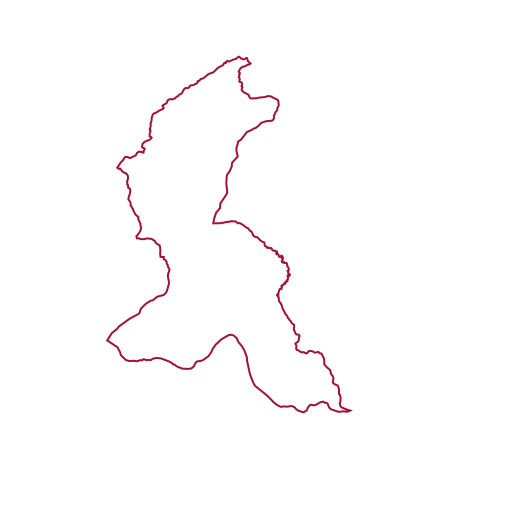 El Rosario, Nariño, Colombia (Robinson projection), rotated 214°
{"feature_id": "7082276B32433349406288", "entity_name": "El Rosario", "entity_type": "district", "adm_level": 2, "iso_a3": "COL", "parent_name": "Colombia", "parent_adm1": "Nariño", "projection": "robinson", "projection_center": [-77.45, 1.827], "detail": "fine", "context": "isolated", "style": "outline", "palette": "rose", "viewbox_px": 512, "rotation_deg": 214, "n_neighbors": 0, "source": "geoboundaries", "source_scale": "gbopen_adm2", "svg_char_len": 6145}
<svg xmlns="http://www.w3.org/2000/svg" viewBox="0 0 512 512"><g transform="rotate(214 256 256)"><path d="M420.4,251.6L418.9,251.5L417.9,252.3L417.2,251.9L416.7,252.3L414.3,251.4L411.5,251.4L410.9,251.8L409.1,251.7L407.3,251.0L406.2,249.8L405.0,247.7L404.7,245.7L403.6,244.9L402.9,243.4L402.2,243.4L401.4,242.8L400.1,241.1L398.4,241.4L396.9,240.2L395.6,237.7L394.0,232.4L393.3,231.5L390.7,230.6L389.2,229.3L388.0,227.5L387.0,227.5L386.1,226.8L384.1,226.1L383.0,224.9L382.0,224.6L379.5,223.1L375.1,222.4L374.0,220.5L369.9,218.2L368.2,216.0L367.1,215.4L365.9,212.0L365.8,207.9L366.2,205.5L364.5,204.0L363.0,205.2L361.1,205.4L358.1,207.5L356.5,209.4L352.2,211.8L348.1,211.9L346.8,211.0L344.9,210.7L342.0,211.0L340.5,209.7L338.4,207.2L336.4,203.8L334.6,201.9L331.9,203.7L330.8,201.8L328.7,201.9L327.0,201.3L325.3,199.4L324.0,199.1L322.9,197.8L320.6,196.8L319.9,196.0L318.7,191.7L317.8,190.0L313.0,185.1L310.3,177.3L310.1,174.5L310.9,171.8L315.1,167.1L316.7,161.8L318.5,159.7L320.7,154.4L321.9,148.4L321.7,146.4L320.9,144.7L320.9,142.5L325.7,133.3L330.3,120.7L330.3,118.3L332.4,111.5L332.1,102.8L319.9,102.9L314.5,100.0L313.1,98.6L311.3,97.9L305.6,97.0L301.8,98.2L300.0,100.0L295.5,102.4L293.9,104.8L292.0,105.9L291.5,107.6L290.2,107.9L289.6,108.4L288.5,108.4L286.9,109.9L285.5,110.4L284.8,111.2L284.3,112.9L281.5,115.9L277.4,118.0L268.9,120.0L265.3,120.2L264.0,119.8L262.7,120.4L261.6,120.2L257.8,120.4L256.7,121.0L254.3,121.3L249.2,124.4L246.7,126.6L245.8,130.0L246.4,133.5L245.9,135.7L243.0,138.3L241.6,140.3L239.4,146.4L239.3,151.3L239.9,154.3L239.9,159.7L238.1,167.6L234.4,175.2L232.7,176.7L231.1,177.3L230.0,177.6L226.1,177.1L222.4,174.8L217.1,173.3L213.1,171.4L207.0,167.0L204.7,164.0L194.7,154.4L187.5,149.5L184.0,147.8L168.7,146.5L159.4,144.6L155.3,144.3L151.5,144.7L150.3,145.3L149.3,146.6L145.9,148.5L142.7,151.5L139.6,152.2L137.4,151.5L134.6,151.4L130.2,152.6L129.1,153.2L127.6,156.2L128.2,159.7L127.9,162.8L127.2,163.4L124.8,164.4L123.2,165.9L120.9,170.7L118.8,172.9L116.6,172.9L115.4,173.7L114.1,173.7L110.9,171.4L108.5,170.8L102.3,172.4L100.3,173.0L96.3,176.4L93.9,177.5L92.7,178.5L91.5,180.5L95.9,179.2L100.1,178.4L101.7,178.5L104.1,180.6L104.5,182.3L106.6,185.8L108.6,187.7L109.7,187.8L110.3,188.3L111.8,190.8L113.7,192.9L115.9,194.3L119.0,193.7L121.4,193.9L123.7,198.3L125.4,199.4L128.2,200.3L129.7,202.1L130.7,202.9L135.3,203.4L138.9,204.4L141.8,208.7L145.9,211.0L146.2,211.4L147.5,211.6L148.6,211.0L150.7,211.4L153.2,208.7L156.1,208.6L158.6,207.3L159.2,206.2L159.2,204.2L159.8,203.4L163.0,202.8L163.5,202.1L164.9,201.5L168.8,201.4L169.6,201.0L170.8,201.5L172.5,204.4L174.3,205.2L174.2,206.5L173.4,207.9L173.2,209.2L173.9,210.4L174.1,211.6L175.0,212.7L175.0,213.8L175.4,214.3L176.8,214.7L178.4,213.6L179.4,213.6L183.8,216.4L184.8,218.7L186.0,220.3L187.7,220.2L189.6,220.6L190.6,221.4L192.4,221.6L193.7,222.4L194.9,222.4L196.7,223.8L199.5,224.4L200.2,225.1L204.4,227.2L208.0,230.1L212.0,231.6L213.9,234.4L214.8,234.4L216.7,235.4L216.8,235.9L215.8,236.0L215.6,236.3L216.7,237.5L217.8,241.9L217.4,242.6L216.5,242.9L217.0,244.6L218.1,245.2L218.2,245.6L217.8,245.9L218.0,246.4L217.2,247.3L217.4,247.9L216.4,249.2L217.2,249.8L216.6,250.6L216.8,251.0L216.4,251.1L216.0,252.9L216.9,253.1L216.6,254.6L217.2,255.8L218.7,257.2L218.3,257.8L217.3,258.0L217.2,258.6L217.7,258.9L217.6,259.6L218.0,259.8L219.5,259.4L220.7,261.4L221.4,261.4L220.9,262.4L221.8,263.9L224.8,265.4L225.3,266.3L226.5,267.2L227.0,267.3L228.6,266.0L229.3,266.5L230.0,265.7L230.4,266.0L230.8,265.5L231.4,265.7L231.9,266.5L231.7,267.6L232.2,268.8L233.3,268.6L233.8,269.3L233.3,270.1L234.1,270.6L235.2,270.5L235.4,269.9L235.1,269.0L236.2,268.3L238.7,269.9L239.3,269.7L239.7,269.0L240.6,269.3L240.3,270.4L241.0,271.4L242.0,270.9L243.0,271.2L243.6,270.4L245.3,270.1L246.5,270.3L247.2,270.9L248.2,271.0L249.1,270.0L249.9,269.7L250.4,270.0L251.4,269.0L252.5,269.7L253.6,269.3L254.6,269.6L256.7,271.9L258.3,271.4L261.0,271.3L265.3,272.3L267.2,271.4L269.7,271.4L272.8,273.5L276.3,273.8L277.9,274.6L280.2,274.1L283.3,274.5L288.0,274.2L289.4,272.9L292.1,273.3L296.7,270.5L297.0,269.7L300.4,266.8L301.7,265.1L303.0,264.5L303.5,263.5L309.7,259.2L311.6,263.5L313.3,269.7L312.6,275.4L314.9,279.6L315.0,291.4L315.6,292.9L321.2,299.6L324.7,305.4L325.4,307.5L325.2,311.6L326.2,316.8L327.6,319.0L328.0,320.5L326.9,326.8L326.9,328.5L330.5,331.7L332.6,334.4L334.0,339.2L334.7,340.2L334.8,341.0L333.5,344.1L332.9,353.5L329.7,358.9L329.0,360.6L327.8,362.0L326.7,365.6L326.1,369.3L323.0,373.4L319.2,376.4L318.0,377.8L318.1,380.3L319.7,382.3L319.7,384.0L320.3,385.9L320.0,388.8L321.0,390.5L321.1,392.3L321.6,393.9L324.5,397.3L326.2,397.5L330.8,396.7L332.1,396.9L335.2,395.6L337.7,392.6L342.4,388.7L343.5,387.3L348.4,383.7L349.8,383.8L352.4,385.5L357.9,384.9L360.3,385.3L361.0,385.8L361.5,388.3L363.1,388.8L363.3,390.2L363.7,391.1L365.1,391.8L366.9,391.2L367.5,391.5L368.6,393.9L370.3,394.6L370.5,396.2L371.4,396.8L371.5,398.5L373.4,399.1L373.8,402.3L373.3,404.8L371.0,407.4L370.1,409.6L368.4,411.4L368.1,412.5L371.7,413.0L374.0,415.0L374.7,414.8L375.8,412.4L376.4,412.0L379.2,411.4L381.1,411.8L381.9,411.5L382.9,408.0L384.6,406.2L387.2,402.0L388.7,401.9L389.4,400.0L389.0,400.1L388.9,399.4L390.3,397.9L390.1,395.8L392.7,391.0L394.1,384.5L397.1,380.3L398.7,374.9L399.5,373.1L400.7,372.0L401.1,369.4L402.1,368.3L401.5,367.0L401.5,366.3L403.8,362.3L405.4,361.1L405.9,359.8L405.7,358.1L407.2,356.4L408.2,356.1L408.8,354.7L408.9,352.3L408.5,350.7L408.7,348.8L409.9,346.7L410.0,345.0L410.8,343.8L411.5,341.0L413.1,338.9L415.0,338.1L416.2,335.8L416.2,334.9L415.7,334.0L415.6,332.9L417.6,328.5L417.0,327.8L415.4,327.3L415.3,325.9L417.4,322.7L419.0,318.9L420.5,316.8L420.5,315.0L419.8,312.4L418.3,309.8L417.3,306.5L416.2,305.3L415.2,302.9L415.1,301.9L414.6,301.2L414.3,301.4L414.1,300.9L413.2,300.5L412.6,298.2L411.4,296.0L410.9,295.6L409.8,296.0L408.7,295.7L408.9,293.7L409.8,291.9L411.5,289.7L412.5,287.4L412.7,285.4L411.4,282.6L410.7,282.4L408.8,282.8L408.1,282.5L407.7,279.5L407.1,278.8L407.6,278.4L409.5,278.2L411.6,276.7L412.3,274.9L411.9,272.2L414.9,267.2L415.9,266.4L417.0,266.5L419.1,265.6L420.0,264.5L419.8,261.0L420.4,258.2L420.4,251.6Z" fill="none" stroke="#9f1239" stroke-width="2"/></g></svg>